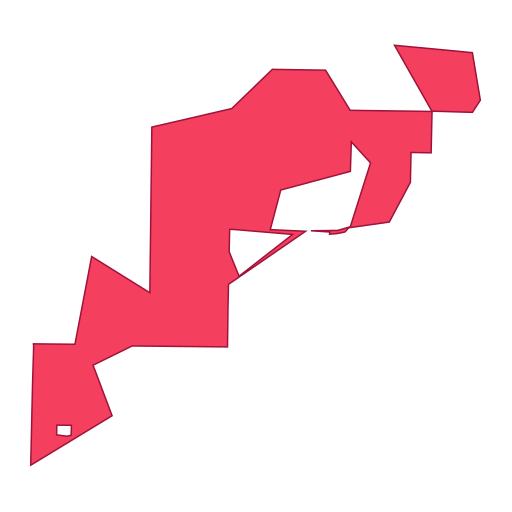 the district of Broomfield, Colorado, United States of America, rotated 181°
{"feature_id": "52423323B97588721690601", "entity_name": "Broomfield", "entity_type": "district", "adm_level": 2, "iso_a3": "USA", "parent_name": "United States of America", "parent_adm1": "Colorado", "projection": "albers", "projection_center": [-105.062, 39.967], "detail": "fine", "context": "isolated", "style": "filled", "palette": "rose", "viewbox_px": 512, "rotation_deg": 181, "n_neighbors": 0, "source": "geoboundaries", "source_scale": "gbopen_adm2", "svg_char_len": 868}
<svg xmlns="http://www.w3.org/2000/svg" viewBox="0 0 512 512"><g transform="rotate(181 256 256)"><path d="M477.0,164.3L477.0,164.0L476.7,164.1L477.2,123.7L477.6,42.9L397.1,93.8L417.0,144.0L378.3,163.9L282.9,164.6L283.1,203.0L283.0,227.2L206.9,281.6L242.2,282.6L232.4,322.4L163.1,342.3L162.7,371.8L143.1,351.1L162.5,286.0L123.3,292.3L102.9,332.4L102.8,362.2L82.7,362.2L82.5,403.9L42.1,403.4L34.4,415.7L43.2,463.1L121.2,469.1L82.5,403.6L164.4,403.3L189.7,443.0L242.9,442.9L282.8,403.0L362.4,383.1L361.5,217.4L420.3,252.6L435.5,164.6L477.0,164.3ZM272.6,235.5L282.9,259.8L282.8,282.2L277.9,282.1L219.8,278.2L272.6,235.5ZM437.6,83.5L437.7,73.6L441.6,72.5L452.2,73.7L452.2,83.4L437.6,83.5ZM163.2,286.6L174.8,283.0L201.5,282.2L182.8,281.3L182.8,279.0L181.9,279.2L176.1,279.7L168.4,281.3L167.1,281.9L163.2,286.6Z" fill="#f43f5e" stroke="#9f1239" stroke-width="1.5"/></g></svg>